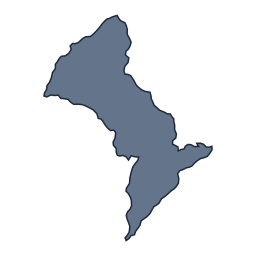 the district of Canelinha, Santa Catarina, Brazil
{"feature_id": "56859067B33823737687392", "entity_name": "Canelinha", "entity_type": "district", "adm_level": 2, "iso_a3": "BRA", "parent_name": "Brazil", "parent_adm1": "Santa Catarina", "projection": "robinson", "projection_center": [-48.796, -27.247], "detail": "fine", "context": "isolated", "style": "filled", "palette": "slate", "viewbox_px": 256, "rotation_deg": 0, "n_neighbors": 0, "source": "geoboundaries", "source_scale": "gbopen_adm2", "svg_char_len": 2267}
<svg xmlns="http://www.w3.org/2000/svg" viewBox="0 0 256 256"><path d="M134.5,234.7L135.7,231.2L137.8,228.4L139.9,225.4L141.2,220.7L143.5,219.1L146.2,217.2L148.2,215.4L150.1,213.3L152.2,209.4L153.7,206.8L156.0,205.4L158.8,203.4L161.5,198.8L165.3,196.1L168.2,193.6L171.5,190.5L174.1,188.8L176.2,186.6L178.4,183.3L178.8,178.7L177.6,173.6L180.0,170.5L182.7,169.7L186.1,167.9L189.6,167.1L192.0,165.9L194.1,163.5L197.1,160.8L200.5,158.6L204.4,157.6L207.3,156.4L209.6,153.6L212.0,149.9L211.9,146.3L209.2,147.2L206.5,147.2L203.4,144.2L200.4,143.2L196.7,143.3L198.6,146.4L194.4,146.6L190.8,144.6L187.7,144.5L185.4,146.2L183.9,149.1L181.2,149.4L178.3,150.9L177.9,146.9L175.7,145.7L172.6,144.2L172.6,140.8L175.8,138.0L176.4,134.0L174.6,129.5L174.7,125.2L173.8,121.9L173.8,118.9L171.9,116.7L170.3,114.0L167.2,113.8L163.8,111.9L159.9,110.4L156.7,107.5L154.2,105.4L152.7,101.8L151.3,98.8L151.0,95.8L150.0,92.2L145.7,91.6L141.6,89.8L137.9,86.8L136.0,84.6L133.8,80.3L130.7,75.7L127.7,74.3L125.1,74.3L123.9,71.0L124.8,66.3L128.0,62.6L128.8,57.8L125.4,55.0L126.0,51.2L128.2,49.3L130.0,46.2L131.1,42.2L129.7,38.9L127.2,34.3L127.3,29.5L126.3,25.8L124.8,22.6L121.4,21.2L119.4,19.4L117.1,15.4L112.3,16.9L109.3,18.4L106.8,19.1L104.0,21.8L101.8,24.3L99.9,27.0L96.8,30.6L93.8,33.7L90.4,36.5L85.7,36.8L83.0,38.3L81.0,40.1L78.1,42.7L75.1,43.6L72.5,43.5L70.1,46.0L71.2,49.3L69.0,53.1L65.4,55.8L61.4,56.3L59.4,58.2L57.2,62.0L55.4,64.2L55.4,68.5L52.5,72.5L51.5,77.3L49.7,82.0L47.0,85.7L46.5,89.6L44.4,93.1L44.0,96.0L46.8,96.9L50.8,95.0L54.6,95.5L58.4,95.2L60.7,98.4L64.4,98.7L68.0,99.4L70.9,102.4L73.8,104.3L76.8,104.2L79.6,104.3L83.1,104.8L86.0,106.1L88.7,107.4L93.1,109.8L96.8,113.6L98.3,118.4L101.1,119.1L102.9,121.3L105.0,124.7L107.6,128.1L110.7,130.6L113.7,130.1L115.7,132.5L115.0,138.2L113.1,142.1L113.4,145.2L116.2,148.6L116.3,152.8L117.5,155.4L119.9,156.0L122.9,155.4L126.1,156.8L128.5,160.0L131.1,155.7L134.9,156.8L138.7,157.0L137.9,160.2L135.1,163.7L132.7,167.3L131.2,172.4L129.9,177.9L129.5,183.4L126.4,188.3L126.0,191.3L128.2,193.3L130.0,196.5L131.3,200.0L131.6,205.7L130.0,209.3L127.5,211.9L126.2,215.5L127.3,219.4L128.6,222.8L129.9,226.6L129.1,232.3L126.9,235.8L125.1,237.8L126.1,240.6L129.1,238.4L131.1,235.6L134.5,234.7Z" fill="#64748b" stroke="#1e293b" stroke-width="1.5"/></svg>